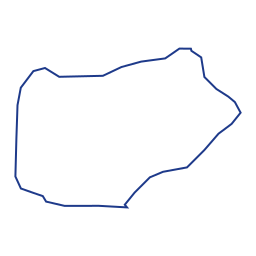 outline of Surahammar, Västmanland, Sweden, rotated 90°
{"feature_id": "70781695B32854023437758", "entity_name": "Surahammar", "entity_type": "district", "adm_level": 2, "iso_a3": "SWE", "parent_name": "Sweden", "parent_adm1": "Västmanland", "projection": "albers", "projection_center": [16.134, 59.804], "detail": "fine", "context": "isolated", "style": "outline", "palette": "blue", "viewbox_px": 256, "rotation_deg": 90, "n_neighbors": 0, "source": "geoboundaries", "source_scale": "gbopen_adm2", "svg_char_len": 589}
<svg xmlns="http://www.w3.org/2000/svg" viewBox="0 0 256 256"><g transform="rotate(90 128 128)"><path d="M48.7,65.1L48.6,76.6L58.4,90.8L61.6,114.8L67.0,134.5L75.8,153.1L76.8,196.8L68.0,211.0L71.1,222.6L87.7,235.2L105.2,238.5L117.5,238.9L138.1,239.6L176.5,240.6L188.5,235.1L193.0,222.3L196.1,213.2L201.6,209.9L205.9,191.3L205.9,177.1L205.8,157.4L207.4,129.0L204.7,131.2L192.6,121.4L177.3,106.1L171.8,93.0L167.4,69.0L150.0,51.6L133.7,37.5L123.9,24.4L112.7,15.4L102.1,21.1L96.6,27.7L89.0,39.6L77.0,51.6L57.4,54.8L50.8,64.6L48.7,65.1Z" fill="none" stroke="#1e3a8a" stroke-width="2"/></g></svg>